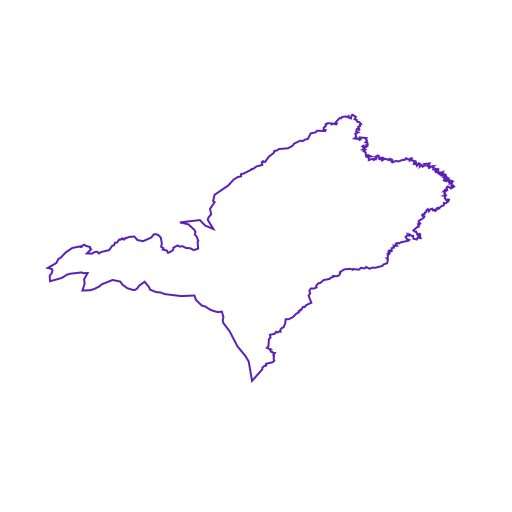 Mueang Chaiyaphum, Chaiyaphum, Thailand (Equal Earth projection), rotated 260°
{"feature_id": "78962969B81450935958728", "entity_name": "Mueang Chaiyaphum", "entity_type": "district", "adm_level": 2, "iso_a3": "THA", "parent_name": "Thailand", "parent_adm1": "Chaiyaphum", "projection": "equal_earth", "projection_center": [102.047, 15.936], "detail": "fine", "context": "isolated", "style": "outline", "palette": "violet", "viewbox_px": 512, "rotation_deg": 260, "n_neighbors": 0, "source": "geoboundaries", "source_scale": "gbopen_adm2", "svg_char_len": 6130}
<svg xmlns="http://www.w3.org/2000/svg" viewBox="0 0 512 512"><g transform="rotate(260 256 256)"><path d="M244.3,417.3L246.0,418.3L245.0,421.2L246.2,421.1L246.4,419.9L247.4,419.5L247.6,421.2L248.5,421.5L249.5,421.0L249.2,418.6L252.2,418.0L252.2,416.9L253.8,415.4L256.4,419.6L256.6,421.4L259.0,421.1L258.6,422.5L259.6,423.4L260.6,422.1L262.2,422.2L264.5,427.8L265.7,428.7L266.7,426.8L267.5,426.7L268.1,427.4L268.0,429.3L269.4,429.7L269.8,431.3L271.3,431.6L272.3,433.4L270.0,434.0L271.8,436.0L272.0,437.7L270.4,438.1L270.6,440.1L269.6,439.7L269.2,440.6L270.8,442.4L270.9,443.6L272.1,442.2L271.5,444.9L272.9,447.3L273.2,449.6L275.5,450.3L274.9,451.9L276.6,455.1L278.0,455.8L278.4,454.6L277.7,453.3L280.4,451.9L282.2,453.2L282.8,451.5L283.2,453.5L285.3,452.3L286.8,454.2L287.7,453.7L287.6,452.7L288.5,453.9L287.8,455.7L290.4,455.6L291.1,456.9L289.9,458.1L289.8,459.7L288.7,459.8L290.0,463.2L291.1,462.6L291.1,460.7L294.4,461.8L293.7,459.5L296.1,460.6L295.0,462.1L295.3,462.7L297.0,459.9L295.2,459.6L295.2,458.9L298.3,458.9L298.0,457.7L296.5,456.8L297.8,454.1L298.7,454.6L298.5,456.9L299.3,458.6L301.1,454.3L302.4,455.8L301.1,457.3L303.3,456.7L303.8,455.6L303.0,454.9L303.1,452.9L306.3,454.8L305.9,452.9L306.5,451.4L305.1,452.3L304.3,451.4L305.9,449.8L306.7,450.2L307.4,447.6L308.7,447.7L309.1,446.6L309.4,449.0L308.9,450.3L309.7,450.7L310.7,448.3L309.8,447.4L310.5,445.5L312.0,446.4L313.0,445.1L313.7,446.4L313.9,442.8L312.9,442.7L312.6,441.7L314.4,441.4L315.0,440.4L315.2,441.9L317.0,443.1L317.4,437.5L315.9,437.9L315.0,435.5L316.9,434.9L315.8,433.1L317.1,433.7L317.8,431.9L318.7,433.0L319.1,432.4L316.9,430.1L319.1,429.5L319.2,427.4L320.8,428.1L320.4,429.8L321.5,429.7L323.2,425.8L324.4,426.2L323.5,424.3L325.1,424.9L324.5,422.6L326.3,420.9L324.8,419.1L325.2,417.4L324.4,412.6L325.3,410.3L324.5,406.5L325.2,406.0L326.7,407.0L327.7,406.3L327.6,404.8L326.3,404.3L328.4,404.3L327.8,402.7L329.4,400.1L328.2,396.6L329.2,396.3L329.7,398.7L330.9,397.9L330.7,395.5L329.5,393.7L331.5,395.1L332.3,394.0L333.5,394.2L333.9,393.2L332.9,390.7L331.5,391.8L330.4,390.8L331.0,390.0L330.1,388.7L331.5,388.1L330.9,383.7L334.2,384.3L334.2,386.5L335.9,383.9L334.2,382.8L334.8,381.7L339.0,382.0L340.4,380.3L341.6,382.0L342.3,379.5L343.4,381.7L345.4,379.7L346.0,381.0L343.9,382.6L344.9,384.6L346.0,383.9L346.2,385.4L348.1,385.4L348.9,383.6L350.3,385.4L351.9,384.5L353.0,385.3L354.8,378.6L353.9,378.1L352.8,379.1L352.3,378.2L353.6,376.9L354.7,373.3L355.9,375.5L359.2,375.0L360.0,378.1L361.3,376.3L363.5,377.4L363.6,378.3L361.6,380.0L365.4,379.1L365.8,381.1L367.1,380.9L367.7,382.5L369.9,380.9L370.6,379.1L372.5,378.8L373.5,376.8L375.7,378.5L378.3,375.6L377.9,374.6L375.0,373.4L375.8,371.8L377.8,371.5L376.9,369.7L377.9,368.6L377.9,364.8L376.8,363.6L377.3,362.2L373.1,356.9L372.4,358.5L371.7,357.9L373.0,354.6L372.5,353.4L373.5,353.2L374.4,349.4L373.5,348.5L373.9,346.7L373.1,347.7L371.6,347.1L370.8,345.0L368.6,344.5L368.0,346.4L367.0,345.8L368.8,337.9L367.4,336.3L367.3,331.2L362.3,327.4L362.1,324.4L361.0,321.9L361.9,319.8L360.1,313.1L358.1,311.0L356.5,306.0L357.4,297.3L356.3,294.9L356.3,292.3L354.5,291.5L351.4,285.6L347.0,281.3L348.1,279.5L347.2,279.1L347.3,278.0L344.6,278.0L344.1,271.8L342.3,268.5L342.5,266.9L341.9,266.6L339.4,258.4L339.2,255.5L337.0,255.1L337.0,251.8L335.0,247.1L330.3,241.0L323.5,225.9L317.7,223.3L316.2,224.6L310.4,218.9L304.9,219.1L302.3,216.0L300.1,214.7L290.0,218.7L294.7,211.3L301.1,207.0L302.3,186.9L299.0,194.8L292.3,200.0L290.1,200.5L287.7,199.5L285.8,200.8L281.0,201.8L280.4,201.0L273.3,200.3L272.6,195.7L275.0,192.7L276.0,188.5L278.4,185.3L278.6,182.2L280.0,180.6L278.5,176.1L276.5,175.5L275.3,173.6L274.4,169.9L276.9,169.1L278.5,165.3L279.7,166.2L281.6,164.2L284.9,165.5L290.8,165.4L293.7,163.3L295.0,160.9L295.0,159.1L292.4,156.1L290.2,147.4L292.3,142.0L296.3,139.6L296.8,134.3L296.0,130.9L296.4,130.5L295.1,128.9L295.9,128.3L295.8,126.7L296.4,126.8L295.6,124.9L296.0,124.2L293.4,121.5L293.6,119.4L291.3,118.2L291.1,116.3L287.3,112.4L286.8,104.1L285.8,101.7L287.8,100.4L287.8,97.4L286.8,94.7L287.9,89.9L291.2,94.8L292.3,93.9L293.6,94.2L295.7,89.9L296.9,88.9L296.4,86.9L295.3,86.0L295.3,84.8L296.0,84.8L295.8,76.4L292.5,69.2L288.2,63.3L287.4,60.9L283.7,58.0L280.4,48.8L278.7,52.6L277.3,53.1L274.9,52.1L272.3,49.4L266.9,48.8L268.1,60.8L270.5,66.8L270.8,70.0L270.1,81.4L269.1,82.8L268.5,87.2L262.9,82.7L258.4,82.4L252.1,79.1L251.1,86.8L251.6,91.0L253.2,96.4L254.9,99.2L257.3,110.6L254.4,117.9L251.0,119.5L246.6,123.7L243.9,129.1L243.5,130.4L244.4,133.1L246.9,135.6L250.0,141.8L243.9,145.3L241.3,145.8L237.7,151.5L236.8,155.4L234.3,159.6L229.5,175.4L227.8,188.5L223.0,189.3L216.5,194.1L215.1,197.2L210.8,201.9L208.4,206.3L207.3,209.0L207.2,212.7L201.3,213.3L198.7,212.1L195.7,212.2L186.6,216.9L170.1,222.1L159.6,228.1L153.3,230.5L133.7,230.4L143.3,242.5L145.0,243.0L146.3,245.2L146.3,247.0L148.1,247.1L148.5,253.7L149.6,255.8L152.0,255.5L154.2,256.4L155.2,255.8L157.2,257.6L157.4,256.1L158.8,255.4L158.9,254.3L161.0,253.5L161.4,254.4L163.6,250.8L165.4,252.7L171.9,254.3L173.2,256.1L176.0,256.0L176.1,260.8L177.9,262.7L176.9,263.9L177.6,265.7L177.2,267.0L179.0,267.1L180.6,268.8L181.0,270.7L184.2,272.9L188.5,274.2L188.1,277.4L189.4,281.7L192.3,285.8L192.9,288.3L194.2,288.4L194.6,290.1L195.4,290.4L195.2,291.3L197.7,293.4L197.3,295.2L198.8,296.7L200.4,302.4L207.9,300.9L209.6,302.8L212.7,302.6L214.5,304.4L213.9,307.3L214.5,310.2L216.2,310.0L217.5,311.6L218.4,313.1L218.3,314.6L220.6,318.6L220.6,324.5L221.6,325.6L222.0,328.4L222.9,328.5L222.1,331.9L222.5,334.4L224.5,336.0L225.5,335.8L227.5,340.6L227.0,346.7L225.6,348.8L226.3,349.4L224.7,355.0L226.2,357.5L225.0,360.2L225.1,361.5L226.1,362.5L223.7,365.7L224.4,368.2L223.7,371.4L224.3,378.9L225.5,379.9L226.1,383.9L229.7,385.3L230.8,384.5L230.7,385.3L233.7,385.9L235.0,387.5L235.5,386.4L236.4,388.1L236.5,387.3L237.5,387.2L238.4,388.1L237.5,390.5L240.1,390.9L240.3,393.1L241.0,392.9L241.5,394.3L242.3,393.8L241.6,396.7L243.9,395.9L244.3,397.8L243.5,399.3L244.3,400.6L244.6,408.7L245.2,409.7L246.7,407.4L249.0,406.7L250.1,409.1L250.9,409.1L249.7,410.1L250.9,410.7L248.6,413.0L248.6,414.2L245.6,414.1L244.3,417.3Z" fill="none" stroke="#5b21b6" stroke-width="2"/></g></svg>